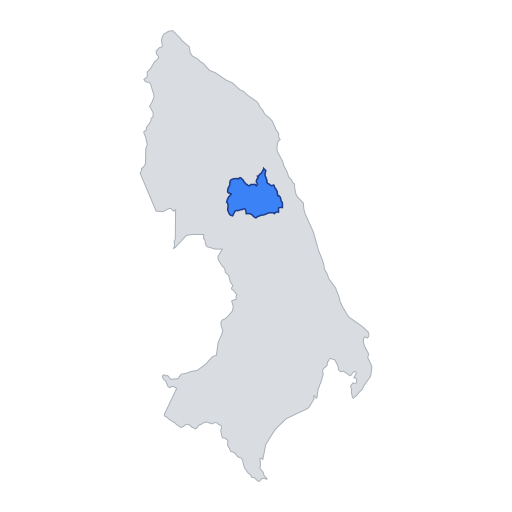 Peru, with Junín highlighted, rotated 180°
{"feature_id": "PER-590", "entity_name": "Junín", "entity_type": "Department", "adm_level": 1, "iso_a3": "PER", "parent_name": "Peru", "parent_adm1": "", "projection": "equal_earth", "projection_center": [-74.886, -11.684], "detail": "fine", "context": "in_parent", "style": "filled", "palette": "blue", "viewbox_px": 512, "rotation_deg": 180, "n_neighbors": 0, "source": "natural_earth", "source_scale": "10m", "svg_char_len": 7358}
<svg xmlns="http://www.w3.org/2000/svg" viewBox="0 0 512 512"><g transform="rotate(180 256 256)"><path d="M349.5,134.9L349.3,136.5L347.8,137.3L346.5,136.1L344.4,136.5L341.4,132.7L334.1,133.3L330.9,137.7L326.1,138.6L320.8,140.6L314.8,141.5L305.5,148.5L303.3,151.4L299.1,155.5L295.6,156.8L293.9,169.5L290.5,176.9L289.2,181.0L291.0,187.1L291.0,190.1L289.1,192.5L287.5,192.8L284.3,195.4L279.6,201.0L278.7,205.3L280.3,211.0L279.7,211.6L275.8,212.7L275.9,215.9L275.1,217.1L278.4,221.6L280.3,222.7L280.4,223.8L280.0,225.0L279.3,225.5L279.2,226.5L281.6,229.9L283.4,236.6L286.8,239.9L286.9,242.1L287.9,244.2L289.7,245.8L293.9,252.6L294.0,255.7L289.6,262.9L296.8,262.9L304.8,265.3L305.9,266.5L306.8,269.7L306.9,271.9L308.5,273.6L308.4,277.5L318.9,277.6L325.6,276.6L336.7,264.6L338.4,263.6L337.5,266.2L337.4,268.1L337.9,270.1L336.7,273.1L336.4,302.3L338.4,300.7L341.0,303.5L342.8,303.6L348.9,300.3L355.9,300.9L371.9,338.9L370.4,341.5L370.5,343.5L368.5,345.1L366.5,348.2L366.2,363.3L364.6,367.9L365.5,370.2L366.3,375.0L367.8,377.9L368.1,379.8L368.0,380.5L365.7,382.1L365.5,384.8L361.4,390.2L360.7,393.8L359.1,395.0L358.8,399.1L362.4,405.8L360.0,409.8L357.8,415.7L361.4,428.0L362.9,429.8L364.5,429.7L366.9,430.8L368.1,432.6L365.1,434.9L364.7,436.0L364.8,440.0L361.6,443.1L357.2,450.8L356.0,451.2L353.8,453.6L353.4,454.7L353.7,455.8L355.6,458.1L355.8,461.0L352.6,464.4L350.4,464.8L349.6,465.8L350.4,470.5L350.4,472.7L349.7,475.2L348.1,477.9L343.4,480.8L339.2,481.3L332.1,474.2L329.9,471.3L322.8,465.2L321.7,458.9L319.4,455.8L315.0,453.5L311.5,450.3L308.9,448.8L302.5,441.6L296.7,439.3L285.7,431.8L279.8,429.3L272.2,422.3L268.1,420.4L264.9,417.1L254.9,410.1L253.3,407.8L251.8,404.4L249.6,402.3L247.1,397.6L243.4,394.8L239.8,391.1L235.4,381.2L233.4,378.9L233.2,374.4L231.8,372.3L233.9,370.8L235.2,363.8L234.5,360.2L229.4,350.8L228.4,346.8L224.7,339.6L223.4,335.2L220.4,332.0L219.2,329.2L217.5,328.1L217.4,324.7L216.2,318.3L214.6,315.1L208.7,309.1L208.1,302.6L206.8,298.0L198.5,279.6L193.6,261.9L189.6,252.0L187.9,246.3L187.8,243.3L184.8,238.1L183.2,233.3L176.4,224.0L172.5,213.7L172.0,210.6L169.3,205.0L165.0,197.6L162.8,194.7L149.9,185.6L143.8,180.0L143.1,177.2L143.4,175.5L144.7,173.9L146.6,175.1L147.7,174.6L148.6,172.6L148.6,169.5L147.4,165.6L143.3,157.9L144.3,154.5L140.1,145.6L141.1,137.0L142.0,134.8L148.2,126.1L150.0,122.3L152.6,120.0L155.4,116.5L158.7,113.8L159.6,114.7L160.6,119.4L160.4,122.5L161.4,126.0L159.1,129.1L156.6,128.5L155.7,129.2L155.3,130.7L155.7,133.1L156.3,134.1L158.2,134.2L155.7,138.8L155.9,139.7L157.6,140.5L159.3,139.3L161.1,136.7L162.1,136.3L168.4,140.8L171.4,140.3L173.6,142.4L173.9,145.6L177.0,152.0L181.7,153.6L182.5,153.0L183.6,150.7L184.6,150.3L184.8,146.7L188.9,142.9L189.5,140.4L188.9,138.5L189.0,137.1L191.4,128.7L192.1,127.8L192.8,125.1L193.8,123.5L195.1,114.0L196.3,114.1L197.3,116.3L198.6,115.7L197.9,113.6L198.1,112.9L202.6,105.3L204.0,103.7L225.8,93.3L236.7,82.7L246.2,67.7L249.2,52.6L250.3,53.7L252.2,53.3L251.5,47.2L252.0,44.3L251.9,43.5L248.9,39.8L247.7,35.9L245.1,33.6L245.2,32.7L248.0,33.6L250.5,33.2L252.6,30.7L254.2,30.9L257.8,34.4L260.4,34.7L261.3,37.1L263.8,38.9L267.5,44.1L269.1,49.8L269.0,50.8L270.6,53.8L274.2,55.2L277.7,59.4L281.4,60.7L283.0,64.5L284.0,65.7L284.5,67.8L283.9,70.4L284.5,71.7L287.2,74.0L289.5,74.1L290.0,75.1L291.3,81.4L290.4,84.5L290.8,86.3L293.8,87.8L294.7,89.1L297.1,89.4L300.5,88.1L304.8,90.0L308.0,89.3L309.5,88.8L311.1,87.4L312.3,87.5L315.7,83.5L316.6,83.1L320.2,84.9L323.2,87.7L326.9,87.1L328.4,85.5L331.1,84.5L335.9,87.8L337.0,89.4L338.3,89.7L343.5,93.1L344.4,94.4L347.1,95.7L347.7,96.8L347.5,98.0L335.3,123.6L339.1,125.7L342.6,124.4L344.4,126.1L345.8,130.2L348.5,133.0L349.5,134.9Z" fill="#d9dde1" stroke="#a8b0b8" stroke-width="1"/><path d="M285.4,310.0L285.2,310.7L284.4,313.1L283.3,315.1L281.6,317.0L281.0,317.5L280.9,317.6L280.8,317.8L280.8,318.1L281.1,318.3L281.5,318.3L281.9,318.4L282.6,318.8L283.2,318.9L283.4,319.1L283.7,319.3L284.2,319.8L284.3,320.0L284.4,320.4L284.4,320.6L284.4,321.1L284.1,323.2L284.1,323.4L282.3,326.9L282.2,327.1L282.1,327.6L282.1,327.8L282.2,328.9L282.2,329.4L282.1,329.9L282.0,330.5L281.6,331.4L281.5,331.6L281.3,331.9L281.1,332.1L280.4,332.5L278.2,333.3L277.6,333.4L275.7,333.4L274.9,333.5L274.7,333.5L274.5,333.4L274.2,333.2L273.9,333.0L273.7,333.0L273.4,333.2L273.2,333.4L272.7,334.0L272.1,334.3L271.8,334.3L271.0,334.0L270.8,333.9L270.7,333.7L270.4,333.4L270.1,333.1L269.8,332.6L269.7,332.5L269.5,332.3L268.8,332.0L268.7,331.9L268.6,331.7L268.5,331.2L268.4,330.9L268.3,330.7L268.0,330.2L267.0,329.2L265.8,327.7L265.7,327.6L265.0,327.6L264.2,326.7L263.8,326.5L263.4,326.4L262.6,326.2L262.3,326.2L262.2,326.3L262.1,326.5L261.8,327.1L261.7,327.2L261.6,327.3L260.7,327.6L260.3,327.6L260.0,327.6L259.8,327.5L259.6,327.4L259.3,327.3L259.0,327.3L258.3,327.6L257.9,327.7L257.6,327.7L257.3,327.7L257.0,327.5L256.7,327.4L256.4,327.1L256.0,326.3L255.9,326.2L255.7,326.1L255.4,326.4L255.3,326.7L255.3,326.9L255.2,327.0L254.7,327.5L254.6,327.9L254.6,328.1L254.6,328.4L254.7,328.6L254.9,329.0L255.4,329.5L255.5,329.6L255.6,329.9L255.6,330.1L255.7,330.7L255.7,331.0L255.6,331.3L255.0,332.9L254.9,333.1L254.8,333.3L254.6,333.5L254.2,333.6L253.9,333.7L253.8,333.8L253.8,334.1L254.0,334.6L254.1,335.2L254.1,335.3L254.3,335.6L254.5,335.8L253.4,336.2L252.9,336.5L252.4,337.6L252.2,337.8L251.7,338.0L251.4,338.1L251.2,338.3L249.8,340.2L249.6,340.5L249.5,340.8L249.3,341.4L249.2,341.7L249.1,341.9L248.9,342.1L248.7,342.1L248.5,342.3L248.4,342.5L248.3,343.2L248.3,343.5L247.2,342.4L246.6,342.0L246.4,341.8L246.3,341.6L246.3,341.1L246.4,340.4L246.7,339.5L246.8,339.0L247.0,336.8L246.8,335.9L246.5,335.6L245.2,331.9L245.0,331.5L244.9,331.0L245.3,330.1L245.2,329.7L244.2,328.5L242.8,327.9L242.3,327.5L242.2,327.3L242.0,327.2L240.5,326.3L240.3,326.3L239.9,326.3L239.7,326.4L238.8,326.9L238.5,327.0L238.3,327.0L238.0,326.7L237.9,326.4L237.2,324.2L236.6,323.6L236.2,323.3L236.1,323.1L236.0,322.9L235.8,322.1L235.7,321.8L234.9,320.8L234.8,320.5L234.7,320.1L234.7,319.2L234.5,318.1L234.5,317.0L234.5,316.7L234.4,316.4L234.2,316.2L233.8,316.1L233.5,316.1L233.2,316.4L232.9,316.1L232.7,315.8L232.3,315.5L232.1,315.3L231.9,314.9L231.6,314.4L231.0,311.9L231.0,311.4L230.7,310.9L229.8,309.7L229.6,308.7L229.5,306.1L229.6,304.4L230.6,304.6L231.1,304.6L233.4,304.1L233.6,303.1L233.6,302.7L233.4,301.9L233.4,300.5L233.4,300.0L233.5,299.7L233.8,299.8L234.1,299.9L234.9,300.1L235.3,300.1L235.7,299.9L236.2,299.7L237.4,298.5L237.7,298.3L237.8,298.4L238.0,298.5L238.1,299.0L238.3,299.1L238.5,299.3L243.0,299.2L247.1,297.5L248.6,297.0L250.4,296.9L251.1,296.8L251.7,296.4L254.5,295.4L254.8,295.3L255.0,294.9L255.3,294.6L255.7,294.3L256.0,294.2L256.3,294.2L256.6,294.2L256.8,294.3L257.5,294.8L258.4,295.5L259.8,297.0L260.0,297.2L260.8,297.7L262.5,298.4L265.8,298.3L266.1,300.6L266.3,301.5L266.4,301.8L266.9,302.8L267.1,303.1L267.5,303.2L268.0,303.3L268.8,303.0L269.1,302.8L269.4,302.5L269.7,302.4L270.0,302.3L271.0,302.4L271.4,302.3L271.7,302.2L272.1,302.0L273.0,301.6L273.3,301.6L273.6,301.6L274.2,301.4L274.5,301.3L275.6,301.4L276.1,301.4L276.4,301.3L276.6,301.1L276.9,300.9L277.1,300.6L278.5,298.0L279.2,296.3L279.5,296.1L280.1,296.4L280.5,296.5L281.4,296.8L281.6,296.9L281.7,297.0L282.0,297.3L282.3,297.6L283.0,298.7L283.6,300.2L284.3,302.0L284.3,303.1L283.9,306.3L283.9,306.5L283.9,306.8L284.3,308.3L284.6,309.0L285.0,309.7L285.4,310.0Z" fill="#3b82f6" stroke="#1e3a8a" stroke-width="1.5"/></g></svg>